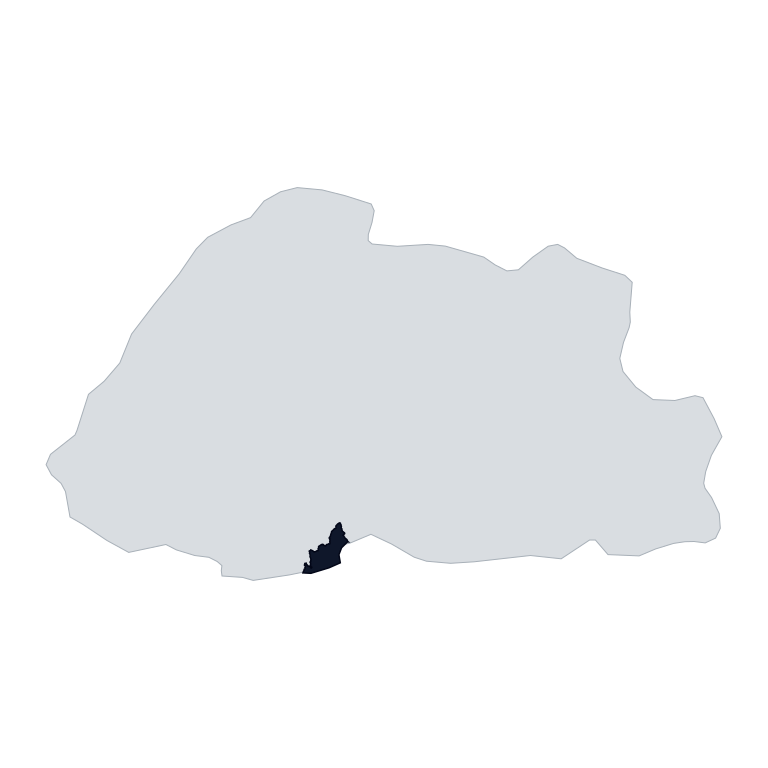 location of Senge, Geylegphug, Bhutan
{"feature_id": "84629894B83148928798212", "entity_name": "Senge", "entity_type": "district", "adm_level": 2, "iso_a3": "BTN", "parent_name": "Bhutan", "parent_adm1": "Geylegphug", "projection": "natural_earth1", "projection_center": [90.093, 26.834], "detail": "fine", "context": "in_parent", "style": "filled", "palette": "ink", "viewbox_px": 768, "rotation_deg": 0, "n_neighbors": 0, "source": "geoboundaries", "source_scale": "gbopen_adm2", "svg_char_len": 6016}
<svg xmlns="http://www.w3.org/2000/svg" viewBox="0 0 768 768"><path d="M630.3,322.1L629.1,327.7L623.5,342.4L619.8,358.4L623.0,371.5L635.8,387.1L653.0,399.6L674.9,400.5L695.0,395.7L703.0,397.7L714.1,418.6L721.9,436.7L711.4,455.3L705.7,471.6L703.7,483.2L705.0,488.2L711.6,497.6L719.2,513.6L720.3,528.3L715.6,538.1L705.2,542.9L694.1,541.5L685.0,541.7L673.6,543.4L655.7,548.9L639.1,555.9L608.0,554.6L595.4,540.0L589.6,540.0L561.2,558.8L530.4,555.5L474.1,561.8L450.6,563.3L426.5,561.2L414.2,557.2L391.5,544.0L370.9,534.3L350.0,543.1L342.6,544.8L325.8,567.4L289.5,574.9L253.2,580.4L242.5,577.4L222.0,576.0L221.3,570.7L221.9,565.6L217.2,561.5L208.9,557.3L194.7,555.5L176.4,549.9L165.9,544.5L128.7,552.4L107.0,540.5L82.4,524.1L70.0,517.0L65.5,491.6L61.1,483.4L51.5,474.8L46.1,464.7L50.5,454.3L75.0,435.0L77.0,430.4L88.5,394.3L104.2,381.2L119.8,363.0L131.6,334.0L154.3,304.3L179.2,273.8L196.3,248.9L207.7,237.3L231.0,224.9L250.6,217.6L264.1,201.0L280.5,191.8L297.2,187.6L322.1,189.9L345.5,195.8L371.2,204.0L374.2,210.7L372.0,222.5L368.3,234.5L368.2,240.6L372.1,244.0L397.3,246.3L428.1,244.4L445.3,246.1L483.8,257.1L495.1,264.9L506.9,270.9L518.4,269.8L532.9,257.0L548.2,246.2L557.7,244.4L564.5,247.9L576.8,258.3L602.2,268.0L624.8,275.3L632.2,282.3L629.8,312.1L630.3,322.1Z" fill="#d9dde1" stroke="#a8b0b8" stroke-width="1"/><path d="M310.8,549.9L310.6,550.3L310.3,550.5L310.1,550.7L309.7,550.8L309.4,550.9L309.3,551.0L309.2,551.1L309.3,551.4L309.4,551.6L309.4,551.8L309.7,552.2L309.7,552.3L309.7,552.5L309.7,552.8L309.6,553.1L309.5,553.3L309.6,553.6L309.8,554.0L310.1,554.5L310.2,555.1L310.0,556.2L310.0,556.5L310.1,557.0L310.3,557.4L310.4,557.7L310.6,558.1L310.7,558.3L310.8,558.9L310.8,559.0L310.9,559.6L311.0,559.7L310.9,559.8L310.7,560.3L310.7,560.5L310.9,561.0L310.8,561.3L310.7,561.5L310.3,561.8L310.2,561.8L310.1,562.2L310.1,562.4L310.1,562.5L310.4,562.6L310.5,562.7L310.6,562.8L310.6,563.1L310.7,563.4L310.7,563.5L310.6,563.9L310.6,564.3L310.7,564.5L310.5,564.8L310.4,564.9L310.4,565.0L310.4,565.4L310.5,565.6L310.8,565.9L310.8,566.0L311.2,566.8L311.3,567.0L311.6,567.0L311.8,567.1L311.8,567.3L311.8,567.6L311.7,567.8L311.3,568.0L311.2,568.1L311.0,567.9L310.9,567.9L310.7,567.8L310.7,567.6L310.6,567.4L310.5,567.2L310.2,567.0L310.2,566.9L310.1,566.6L310.0,566.4L309.8,566.4L309.3,566.3L309.3,566.2L309.1,566.1L308.8,566.0L308.5,566.2L308.2,566.3L308.0,566.2L307.8,566.2L307.7,566.1L307.6,565.6L307.5,565.4L307.5,565.2L307.4,565.0L306.9,564.8L306.8,564.7L306.7,564.7L306.5,564.0L306.2,563.3L306.2,563.2L305.6,563.3L305.0,563.3L304.9,563.4L304.8,563.5L304.7,564.2L304.6,564.6L304.4,565.0L304.5,565.3L304.9,565.4L305.1,565.4L305.2,565.5L305.3,565.8L305.3,566.0L305.3,566.5L305.3,566.8L304.9,567.5L305.0,567.8L305.2,567.7L305.3,567.7L305.3,568.0L305.2,568.2L305.1,568.3L305.1,568.5L304.9,568.8L304.8,569.0L304.7,569.1L304.4,569.1L304.2,569.2L304.1,569.3L304.1,569.5L304.1,569.8L304.2,570.0L304.0,570.3L304.0,570.5L303.9,570.6L303.8,570.9L303.7,571.0L303.5,571.3L303.4,571.5L302.9,572.9L304.8,573.0L310.9,573.3L329.0,567.8L340.3,562.8L338.9,554.7L341.6,547.7L347.5,541.9L348.3,541.9L347.8,541.5L347.5,541.0L347.3,540.2L346.6,539.3L346.3,539.0L346.1,538.9L345.8,538.7L345.6,538.6L345.4,538.4L345.2,538.3L345.1,538.1L344.9,537.8L344.7,537.3L344.5,537.1L344.3,536.9L344.1,536.7L343.9,536.2L343.8,535.9L343.6,535.6L343.4,535.4L343.1,535.3L343.3,534.9L343.5,534.6L343.8,534.4L344.3,534.1L344.6,533.8L344.7,533.5L344.7,533.3L344.6,533.1L344.5,532.8L344.3,532.7L344.1,532.7L343.9,532.6L343.8,532.3L343.1,531.7L342.6,531.4L342.3,531.2L342.3,530.9L342.2,530.6L342.0,530.3L341.8,530.1L341.8,529.9L341.9,529.5L342.0,529.2L341.9,528.8L341.6,528.6L341.4,528.4L341.3,528.1L341.2,527.8L341.2,527.4L341.3,526.9L341.4,526.7L341.4,526.4L341.3,526.0L341.2,525.8L341.1,525.6L341.0,525.4L341.1,524.9L341.0,524.7L340.8,524.6L340.7,524.6L340.5,524.4L340.4,524.3L340.4,523.9L340.5,523.7L340.4,523.4L340.4,523.2L340.2,523.0L339.8,522.9L339.7,522.9L339.3,522.9L339.2,523.1L338.9,523.2L338.8,523.3L338.6,523.4L338.4,523.7L337.9,523.9L337.7,523.9L337.6,524.0L337.2,524.5L337.0,524.8L336.5,525.2L336.2,525.6L336.0,525.9L335.9,526.0L335.9,526.4L335.9,526.6L336.0,526.7L336.0,527.3L336.1,527.8L336.0,528.0L335.8,528.2L335.7,528.3L335.4,528.4L335.0,528.5L334.7,528.6L334.6,528.8L334.4,528.9L334.1,529.0L333.8,529.3L333.7,529.4L333.6,529.6L333.4,529.9L333.2,530.2L332.7,530.4L332.4,530.8L332.2,531.0L331.8,531.2L331.6,531.5L331.4,532.1L331.4,532.4L331.4,532.5L331.4,533.2L331.4,533.3L331.2,533.5L330.9,533.9L330.8,534.1L330.8,534.4L330.7,534.9L330.6,535.2L330.5,535.4L330.4,536.0L330.3,536.5L330.2,536.7L330.0,536.8L329.8,536.9L329.6,537.2L329.4,537.4L329.3,537.6L329.2,537.9L329.3,538.0L329.4,538.7L329.5,538.8L329.9,538.9L330.2,539.0L329.8,539.7L329.8,540.0L329.9,540.3L330.0,540.4L330.0,540.5L330.2,540.9L330.2,541.0L329.9,541.4L329.8,541.5L329.7,541.8L329.7,542.1L329.8,542.2L330.0,542.4L330.0,542.5L330.1,542.9L330.1,543.0L330.0,543.3L329.8,543.5L329.8,543.9L329.7,544.0L329.3,544.0L329.1,544.0L328.8,543.9L328.6,543.8L328.4,543.9L328.2,544.1L328.1,544.3L327.7,544.4L327.2,544.4L326.9,544.4L326.8,544.5L326.4,544.7L326.3,544.8L326.3,545.3L326.2,545.5L325.8,545.7L325.6,545.9L325.5,546.0L325.2,545.9L324.9,545.7L324.5,545.7L324.4,545.7L324.3,545.4L324.0,545.4L323.7,545.3L323.4,545.3L323.3,545.1L323.2,544.9L323.3,544.6L323.2,544.5L323.1,544.4L322.2,544.3L321.8,544.7L321.7,544.7L321.4,544.6L321.1,544.7L320.8,545.0L320.7,545.2L320.6,545.3L320.2,545.4L319.8,545.8L319.7,545.8L319.2,546.0L318.8,546.4L318.7,546.4L318.6,546.5L318.6,547.0L318.6,547.3L318.7,547.5L318.5,548.1L318.3,548.3L318.2,548.4L318.1,548.8L318.3,549.3L318.3,549.5L318.1,550.6L318.0,550.8L317.9,550.8L317.4,550.7L316.8,550.8L316.7,550.9L316.5,551.2L316.4,551.3L316.1,551.3L315.8,551.5L315.6,551.5L315.4,551.6L315.2,551.6L314.8,551.9L314.4,552.0L314.2,552.0L314.1,551.7L313.7,551.6L313.3,551.4L313.2,551.2L313.0,550.9L312.8,550.8L312.6,550.7L312.4,550.6L312.1,550.6L311.8,550.4L311.7,550.3L311.5,550.2L311.2,550.1L310.8,549.9Z" fill="#0f172a" stroke="#020617" stroke-width="1.5"/></svg>